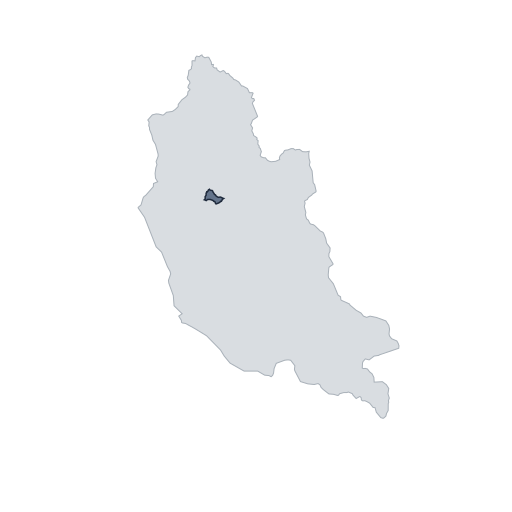 Xu'reemaral, Bayanhongor, Mongolia (highlighted), rotated 61°
{"feature_id": "93677404B17106990406632", "entity_name": "Xu'reemaral", "entity_type": "district", "adm_level": 2, "iso_a3": "MNG", "parent_name": "Mongolia", "parent_adm1": "Bayanhongor", "projection": "albers", "projection_center": [98.288, 46.477], "detail": "fine", "context": "in_parent", "style": "filled", "palette": "slate", "viewbox_px": 512, "rotation_deg": 61, "n_neighbors": 0, "source": "geoboundaries", "source_scale": "gbopen_adm2", "svg_char_len": 4531}
<svg xmlns="http://www.w3.org/2000/svg" viewBox="0 0 512 512"><g transform="rotate(61 256 256)"><path d="M53.9,205.8L55.4,206.0L57.9,204.6L58.4,202.3L59.3,201.0L64.7,201.1L67.1,202.1L67.6,200.6L68.1,200.4L69.3,201.9L70.6,201.5L71.5,201.0L72.5,199.3L74.3,199.8L77.7,198.2L77.9,194.7L79.2,194.0L82.1,193.6L82.6,192.0L83.3,191.6L85.4,191.4L89.1,190.0L90.8,189.9L92.2,188.5L95.5,186.7L100.4,186.2L100.8,185.2L105.4,182.3L110.0,182.6L111.5,179.9L112.2,179.6L115.2,183.2L116.6,182.9L117.2,181.6L119.1,181.8L119.8,184.1L120.8,185.2L134.6,186.9L135.0,187.7L135.5,193.2L137.9,195.9L138.5,197.1L142.3,196.9L144.5,199.0L147.8,199.1L149.5,199.7L152.8,197.9L153.5,197.9L154.5,198.9L156.1,198.2L159.1,200.2L161.4,199.9L162.6,200.7L163.9,200.1L167.3,200.7L170.0,203.6L171.8,203.4L174.0,201.5L174.6,200.2L177.9,199.6L179.7,198.3L180.9,197.1L182.7,192.9L183.1,188.5L181.4,187.9L180.1,186.4L179.3,184.1L179.2,182.5L177.6,180.0L177.8,178.8L178.7,176.6L179.1,173.2L180.2,171.3L182.4,170.2L182.6,168.9L183.9,166.2L187.3,164.7L189.2,161.7L190.2,158.7L191.9,160.2L196.3,162.3L200.0,163.2L202.4,165.3L208.8,165.7L219.7,170.5L222.0,170.1L228.5,172.0L229.0,172.7L229.2,176.6L229.7,177.6L230.2,181.8L231.5,183.8L231.3,186.4L231.9,187.1L233.5,187.4L236.2,189.8L242.1,191.3L244.0,192.9L248.0,193.8L250.0,192.9L253.4,193.1L254.6,192.7L256.5,190.6L257.9,189.9L265.3,187.7L267.3,186.2L268.6,185.8L274.7,186.6L279.0,188.0L284.9,187.3L287.9,189.2L289.3,191.1L291.9,192.6L300.2,192.4L300.7,192.8L301.1,197.2L301.5,197.9L307.5,202.0L310.2,203.1L317.8,201.8L330.0,203.2L332.6,201.8L335.4,203.0L336.3,202.7L343.3,197.5L344.5,197.6L352.1,194.7L356.8,191.8L360.6,191.2L363.3,189.0L363.9,185.4L368.1,180.5L375.7,173.9L381.1,173.5L384.6,174.6L388.6,177.4L390.6,178.0L394.1,177.5L398.6,174.0L401.3,174.0L403.9,174.5L405.9,175.9L402.3,195.8L402.4,196.9L400.8,201.2L401.7,207.4L399.0,210.3L400.2,213.6L401.2,214.7L405.5,217.4L406.5,216.7L407.2,215.0L408.9,213.3L412.4,212.8L415.3,211.6L419.4,211.8L423.6,213.8L427.2,206.4L431.7,204.4L436.2,204.1L440.5,207.4L444.9,208.3L446.6,210.3L448.4,210.9L449.2,211.9L455.2,215.3L457.0,218.2L459.0,220.0L459.6,222.3L459.6,223.5L457.9,225.2L450.9,226.5L446.4,225.4L445.2,227.0L439.9,227.9L437.1,229.6L435.3,231.0L434.5,232.8L433.7,233.4L432.7,233.5L430.9,232.7L429.5,233.1L429.2,233.5L429.2,237.5L424.7,238.6L423.1,238.5L419.7,241.2L419.5,242.8L418.0,245.4L417.0,249.7L417.8,251.3L417.4,252.4L414.5,255.3L412.0,259.1L405.5,261.9L402.4,262.8L399.9,262.5L397.7,263.5L396.6,267.4L393.0,272.6L387.4,278.0L375.3,277.7L373.7,277.3L370.8,275.2L364.0,276.2L362.4,278.3L361.1,281.3L359.7,290.3L363.2,294.7L366.9,297.4L368.5,299.4L368.9,301.3L366.9,302.6L364.4,306.2L357.5,310.3L350.9,322.2L337.2,330.6L328.2,332.3L321.0,332.6L301.8,337.9L289.8,344.7L280.8,350.4L278.9,352.8L278.0,353.3L276.2,352.5L271.1,352.7L270.7,348.6L259.8,351.8L250.5,347.5L237.5,345.4L234.9,344.4L230.3,339.3L227.9,338.6L222.3,338.6L206.8,336.7L199.6,338.9L168.1,334.7L156.7,335.8L156.3,335.3L155.6,331.8L150.4,326.5L149.7,325.1L149.5,323.1L145.6,312.2L142.9,310.5L143.4,306.0L139.3,306.2L134.8,304.2L130.3,300.8L128.2,298.4L125.0,297.6L121.2,293.1L119.3,292.2L109.7,289.8L104.8,290.0L99.7,288.5L93.8,287.8L91.9,286.8L90.2,286.7L86.9,284.5L84.6,284.7L82.3,278.3L83.3,274.5L84.7,272.3L87.7,269.1L87.7,267.8L86.9,264.6L89.0,259.1L88.7,255.6L87.6,251.6L85.7,250.5L83.4,245.0L82.9,240.7L82.0,237.8L79.3,235.8L78.6,233.2L77.8,233.0L77.1,233.7L75.4,233.8L73.8,232.1L73.0,230.2L72.0,229.6L70.1,229.5L68.3,230.1L66.5,229.5L65.1,227.7L61.1,224.7L61.2,222.9L60.8,221.5L59.5,221.0L58.4,219.6L54.5,217.5L54.5,216.6L55.8,214.8L53.2,212.8L52.4,211.0L54.2,209.0L53.8,207.4L53.9,205.8Z" fill="#d9dde1" stroke="#a8b0b8" stroke-width="1"/><path d="M175.1,264.4L175.1,265.2L175.2,265.7L175.6,266.1L175.9,266.4L176.0,267.4L175.9,267.8L176.5,268.0L176.6,268.3L176.7,268.8L176.8,269.1L178.7,270.2L179.4,271.7L180.2,272.1L181.0,272.5L181.7,273.3L181.8,273.9L182.1,273.6L183.4,272.7L183.1,270.9L184.3,268.7L186.4,266.8L186.9,266.6L187.5,266.5L187.8,266.4L187.9,266.1L188.0,266.0L188.1,265.9L189.0,265.6L190.0,265.9L191.1,265.7L191.5,263.1L191.5,261.8L191.5,261.6L191.0,260.4L191.4,259.8L191.0,259.1L190.6,258.5L190.2,258.0L190.2,257.9L190.0,256.4L189.5,256.9L187.7,258.1L187.1,258.7L187.0,259.0L186.5,260.4L186.0,260.8L185.6,261.1L184.1,261.8L183.2,261.9L182.9,261.8L182.4,262.2L182.3,262.3L182.2,262.3L181.8,262.4L181.7,262.5L181.4,262.5L181.2,262.4L180.9,262.4L179.5,262.6L178.1,262.4L177.3,262.7L176.8,263.6L175.6,264.5L175.1,264.4Z" fill="#64748b" stroke="#1e293b" stroke-width="1.5"/></g></svg>